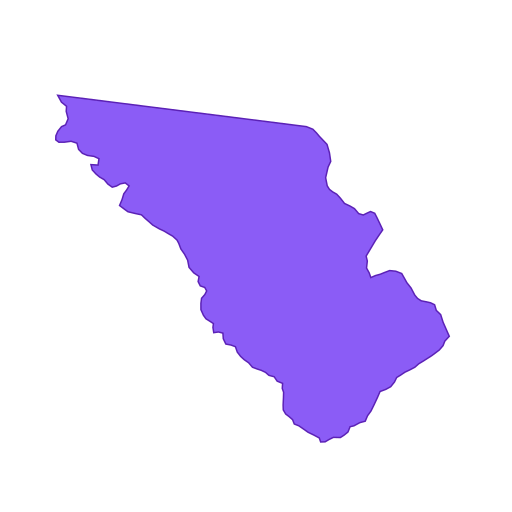 Arenápolis, Mato Grosso, Brazil (Mercator projection), rotated 169°
{"feature_id": "56859067B2572711166571", "entity_name": "Arenápolis", "entity_type": "district", "adm_level": 2, "iso_a3": "BRA", "parent_name": "Brazil", "parent_adm1": "Mato Grosso", "projection": "mercator", "projection_center": [-56.855, -14.504], "detail": "fine", "context": "isolated", "style": "filled", "palette": "violet", "viewbox_px": 512, "rotation_deg": 169, "n_neighbors": 0, "source": "geoboundaries", "source_scale": "gbopen_adm2", "svg_char_len": 2331}
<svg xmlns="http://www.w3.org/2000/svg" viewBox="0 0 512 512"><g transform="rotate(169 256 256)"><path d="M420.0,451.6L417.6,444.1L413.4,439.1L414.7,434.2L414.2,426.6L417.9,421.1L422.2,420.1L426.7,416.3L429.5,412.2L430.4,408.2L427.8,405.3L422.5,404.3L415.6,403.9L410.2,400.9L409.8,394.5L406.8,389.9L402.3,386.9L396.0,384.7L391.6,381.5L393.7,375.4L400.6,377.2L400.3,371.7L397.4,367.0L394.4,363.3L390.4,359.8L387.7,354.9L384.0,351.0L379.6,351.3L375.4,352.7L370.4,352.7L367.2,349.0L370.4,345.5L373.9,342.3L376.7,337.0L380.3,331.6L376.8,327.7L373.3,323.9L366.3,320.7L360.6,318.3L357.5,313.9L354.9,310.6L351.4,306.0L345.6,301.0L341.6,298.1L337.7,294.6L334.0,291.4L330.5,286.7L329.4,283.1L328.4,277.2L325.8,271.4L323.9,265.0L323.9,257.6L320.3,251.3L315.8,246.8L317.7,241.9L316.4,237.3L312.3,234.9L311.1,231.1L313.6,227.9L317.5,224.9L319.1,220.1L320.3,213.8L318.9,207.8L317.1,203.9L314.2,201.2L310.7,197.8L311.9,194.1L312.1,188.8L307.4,188.6L303.2,186.6L303.9,181.0L302.4,175.3L297.6,173.4L293.5,170.9L292.7,165.2L290.2,160.3L287.3,156.4L283.6,152.6L280.7,147.5L276.5,144.9L272.7,142.8L268.9,140.0L266.1,136.4L261.2,134.0L259.1,129.1L254.2,125.9L255.5,121.0L254.9,117.0L256.1,111.6L257.8,104.6L258.6,99.7L257.0,95.2L254.3,92.2L251.3,88.3L250.5,83.8L246.3,81.1L242.3,77.0L238.5,73.0L233.4,69.2L228.6,65.3L228.0,61.1L223.6,60.4L219.4,61.9L214.6,63.2L207.8,61.7L203.6,63.4L199.3,65.7L196.2,70.5L192.3,70.6L185.9,72.6L180.3,73.0L177.0,77.9L172.7,81.9L168.3,87.7L163.8,93.9L160.1,99.3L154.1,100.3L148.7,102.0L144.1,105.9L141.1,109.9L137.0,111.4L132.1,113.5L127.0,114.8L121.3,116.5L116.9,119.1L111.7,121.0L107.7,122.6L102.6,124.6L94.1,128.7L89.5,132.3L86.9,136.4L81.6,140.3L85.0,155.3L85.9,163.2L89.4,168.2L90.0,174.1L93.6,176.8L97.7,178.6L102.4,180.5L105.5,183.5L107.6,187.3L109.9,195.0L113.0,201.0L114.4,205.3L116.3,211.0L121.7,214.4L127.6,216.2L133.4,215.2L137.4,214.4L142.5,214.0L147.4,212.9L148.1,217.8L149.8,223.1L147.7,229.8L147.9,234.9L135.9,248.3L130.1,254.1L126.6,257.5L128.0,263.1L129.9,270.4L131.3,275.3L135.1,277.8L138.8,276.9L142.9,275.8L147.1,278.0L150.3,283.7L154.3,287.2L159.1,290.7L162.1,296.6L165.0,301.3L168.5,304.3L171.2,307.4L172.7,311.3L172.7,319.6L168.3,329.5L164.6,334.6L164.2,343.3L165.0,352.0L171.0,361.4L173.1,365.2L176.0,369.6L181.9,373.4L420.0,451.6Z" fill="#8b5cf6" stroke="#5b21b6" stroke-width="1.5"/></g></svg>